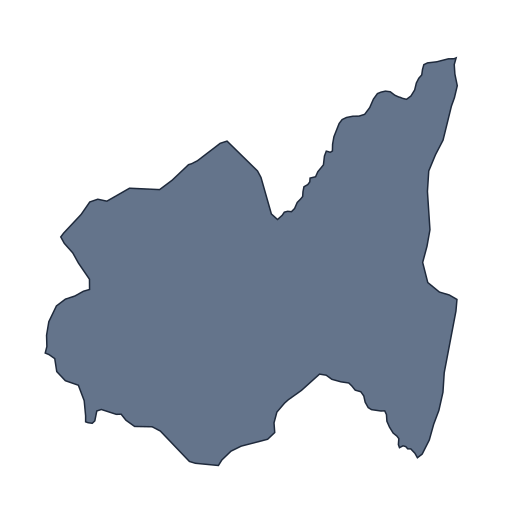 the border of Gourma, rotated 4°
{"feature_id": "BFA-2184", "entity_name": "Gourma", "entity_type": "Province", "adm_level": 1, "iso_a3": "BFA", "parent_name": "Burkina Faso", "parent_adm1": "", "projection": "equal_earth", "projection_center": [0.734, 12.217], "detail": "fine", "context": "isolated", "style": "filled", "palette": "slate", "viewbox_px": 512, "rotation_deg": 4, "n_neighbors": 0, "source": "natural_earth", "source_scale": "10m", "svg_char_len": 2119}
<svg xmlns="http://www.w3.org/2000/svg" viewBox="0 0 512 512"><g transform="rotate(4 256 256)"><path d="M52.5,367.5L53.7,360.9L52.6,349.7L53.9,336.0L60.4,319.7L68.9,312.3L78.2,308.5L86.3,303.2L92.3,301.0L91.5,290.8L79.4,275.5L73.0,265.7L63.9,256.8L59.9,250.6L62.5,246.6L78.7,226.7L86.4,213.7L94.2,210.4L103.4,211.7L125.1,197.2L155.2,196.5L167.1,186.2L182.3,169.6L185.2,168.5L190.9,165.1L212.4,146.1L219.1,143.4L251.6,171.1L255.5,177.3L268.4,213.0L274.9,218.1L279.3,213.6L281.2,210.3L284.4,209.2L288.3,209.3L291.2,205.9L293.4,199.7L296.4,196.2L298.4,193.4L298.4,188.4L299.0,183.6L302.7,181.1L304.5,178.3L304.5,174.5L309.9,172.8L311.8,167.6L316.9,160.4L317.3,151.5L318.8,146.5L320.6,146.8L322.8,147.4L324.9,145.9L324.6,139.2L325.4,131.6L329.7,118.0L332.4,113.9L336.6,111.5L342.9,109.8L348.9,109.3L354.5,107.1L359.1,100.0L362.2,91.3L365.8,85.5L369.3,83.8L373.6,82.5L378.5,82.8L383.2,85.9L387.2,87.4L388.9,87.7L391.1,88.5L395.2,89.2L399.4,85.6L402.7,79.3L403.9,72.2L406.0,67.3L408.7,63.8L409.1,58.2L410.1,53.4L413.6,51.4L422.6,49.7L434.1,45.9L439.8,45.4L441.8,44.4L440.4,51.2L441.7,60.6L444.9,72.1L442.9,84.3L440.5,92.8L434.5,127.4L428.0,142.4L422.4,159.1L422.5,179.6L427.7,217.7L425.9,234.4L422.7,250.8L429.2,270.5L441.5,279.2L451.5,281.4L459.5,285.3L459.3,297.0L451.9,359.3L452.0,378.9L449.2,397.3L445.0,411.4L441.7,427.5L435.6,442.0L431.1,446.0L428.3,441.7L423.8,437.6L420.8,437.8L418.7,435.7L415.9,435.1L412.5,437.2L411.2,434.2L411.2,428.2L409.1,425.8L405.2,423.1L401.1,417.4L398.1,411.7L397.2,405.1L395.2,401.5L391.4,401.9L381.9,401.2L378.5,399.4L375.1,394.2L373.3,388.1L370.0,384.1L364.3,382.9L360.6,378.9L357.4,376.2L349.5,375.6L340.2,373.7L334.3,370.0L327.6,369.4L310.7,386.9L298.3,397.1L294.7,400.8L287.7,410.3L285.6,421.2L287.0,430.8L280.4,438.0L254.5,446.7L244.7,452.4L236.2,461.8L233.1,467.6L210.0,467.0L203.9,465.6L172.8,437.3L164.3,433.6L146.8,434.5L137.7,428.9L132.5,423.2L127.7,423.7L112.4,419.9L108.0,421.7L106.7,431.7L104.3,434.3L100.0,434.0L97.6,433.3L97.2,427.4L94.7,412.3L87.8,397.3L74.5,393.7L65.3,385.2L62.4,372.4L56.4,368.8L52.5,367.5Z" fill="#64748b" stroke="#1e293b" stroke-width="1.5"/></g></svg>